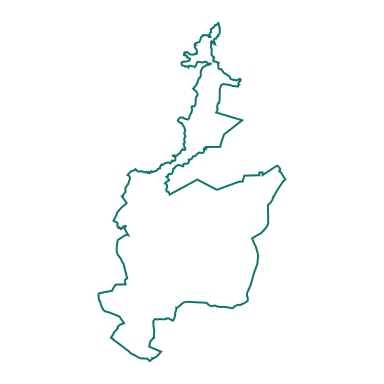 the district of Timilpan, México, Mexico
{"feature_id": "50627088B71429046090456", "entity_name": "Timilpan", "entity_type": "district", "adm_level": 2, "iso_a3": "MEX", "parent_name": "Mexico", "parent_adm1": "México", "projection": "orthographic", "projection_center": [-99.714, 19.922], "detail": "fine", "context": "isolated", "style": "outline", "palette": "teal", "viewbox_px": 384, "rotation_deg": 0, "n_neighbors": 0, "source": "geoboundaries", "source_scale": "gbopen_adm2", "svg_char_len": 5950}
<svg xmlns="http://www.w3.org/2000/svg" viewBox="0 0 384 384"><path d="M98.6,293.6L98.6,296.2L99.1,300.3L99.8,301.0L101.9,307.3L103.7,310.2L104.6,311.1L109.4,312.5L119.4,316.5L124.0,323.2L119.8,324.8L117.6,326.9L118.0,328.0L113.5,333.0L113.5,334.1L110.9,337.6L113.1,339.0L112.8,339.3L113.2,339.6L124.1,347.6L126.9,350.0L128.5,350.9L130.6,353.2L140.3,358.3L147.5,358.7L149.6,361.0L152.4,359.1L152.5,358.8L152.2,358.0L154.1,358.1L157.1,356.1L161.1,351.7L149.2,346.6L149.9,342.4L151.6,339.9L152.3,339.5L152.9,338.1L153.9,338.0L154.1,337.6L153.9,334.7L154.3,330.9L153.6,327.0L153.3,321.1L154.5,319.5L155.2,319.0L158.2,319.5L159.5,319.0L164.0,319.4L166.3,318.8L166.2,318.5L166.6,318.3L167.8,318.3L169.1,318.5L172.0,320.4L173.2,320.6L173.2,320.0L174.3,318.2L175.0,315.7L175.3,312.4L176.3,309.6L176.3,307.9L176.8,308.1L183.5,302.5L185.2,302.1L187.4,301.8L206.5,302.8L209.1,305.2L210.9,306.0L212.2,306.1L214.7,305.5L217.6,306.6L220.1,307.0L225.1,306.9L231.8,308.2L233.1,308.0L234.1,306.7L236.9,305.2L238.2,304.8L240.1,305.0L243.7,303.4L246.4,301.9L247.7,300.8L247.8,297.8L246.9,295.9L247.1,292.8L250.5,285.5L254.3,272.1L257.3,264.2L258.2,255.3L256.0,247.2L254.2,243.7L252.1,238.2L261.2,233.1L266.4,227.3L268.4,223.3L268.0,221.6L268.2,217.1L267.9,205.1L270.7,202.4L272.4,199.9L273.4,196.5L273.7,196.5L277.0,190.6L282.3,182.6L283.4,181.1L285.4,179.6L280.9,172.4L279.3,171.4L279.3,170.8L280.0,170.2L280.1,169.0L279.6,168.0L277.8,166.0L276.9,165.7L262.6,175.1L262.5,172.4L259.3,172.5L259.4,175.2L244.3,175.7L242.7,181.6L239.0,181.7L216.9,189.8L197.3,179.6L169.6,194.6L168.9,192.2L167.0,191.5L166.4,190.9L166.1,189.7L167.1,187.5L166.9,185.0L166.7,184.4L165.0,183.4L165.9,182.2L168.8,180.5L169.2,179.9L166.5,176.7L168.0,176.1L168.2,174.7L168.6,174.1L169.9,174.3L170.4,173.9L172.0,173.7L173.1,170.6L173.2,168.9L174.2,168.4L174.4,167.8L175.0,167.6L175.4,166.6L178.3,165.0L180.7,165.4L182.4,166.4L183.3,166.2L183.4,164.2L184.5,163.6L186.7,163.9L187.6,163.4L188.9,162.0L188.8,159.6L190.3,159.6L191.2,159.1L192.2,158.2L193.0,156.4L195.1,156.1L197.6,153.6L199.3,152.5L201.9,153.0L203.5,152.5L204.3,150.5L203.8,149.3L203.9,148.4L205.2,148.3L206.0,149.1L206.7,147.8L206.2,147.0L220.2,146.9L221.3,142.3L224.1,134.4L242.2,120.3L216.2,112.5L217.4,110.3L217.7,108.8L217.0,108.0L217.6,104.4L218.0,103.4L218.9,103.3L219.6,100.4L219.8,89.3L221.2,85.1L222.5,84.2L223.8,84.1L228.5,84.9L230.0,84.9L232.6,86.0L238.1,86.5L238.4,85.0L238.8,84.7L238.4,84.6L238.5,82.8L239.0,82.0L240.4,81.0L240.6,79.2L239.6,78.9L239.6,79.6L237.8,79.8L236.0,80.5L234.9,79.8L233.7,80.1L231.7,79.2L230.8,79.1L229.4,76.4L223.4,72.5L222.7,70.9L221.7,70.2L221.3,69.2L218.8,68.9L218.3,67.5L218.1,63.9L218.9,63.0L219.5,62.9L216.7,62.3L215.8,61.5L214.5,61.6L213.4,61.2L213.2,59.9L214.2,57.6L214.0,57.3L213.6,57.7L213.4,57.6L212.6,56.0L211.7,55.1L211.4,53.1L211.8,49.2L211.1,47.9L211.0,46.0L211.3,44.8L210.8,43.1L211.2,41.6L211.5,41.3L213.6,43.5L215.1,44.3L213.6,40.0L214.5,38.8L216.3,38.5L216.7,36.9L218.1,36.2L217.7,35.8L218.0,35.0L219.5,33.8L219.9,31.6L219.6,30.4L219.8,28.3L219.6,27.2L219.1,26.7L219.0,24.9L218.3,23.0L216.3,25.1L215.1,25.1L214.2,26.9L212.9,27.8L212.3,28.6L210.7,29.3L211.1,32.3L210.4,32.8L209.3,34.6L210.5,37.0L208.9,37.0L207.7,35.3L203.6,35.1L202.8,35.4L202.7,36.0L202.2,36.0L201.2,37.2L199.6,41.6L198.4,42.4L195.9,43.0L195.0,43.7L194.7,44.4L195.3,44.9L194.8,44.9L194.8,47.4L196.3,49.2L197.0,51.0L196.6,53.9L196.1,54.2L195.4,53.6L194.2,54.5L192.7,54.6L189.8,54.4L187.6,52.2L185.7,52.3L185.0,53.3L184.6,52.6L184.2,53.0L183.9,55.1L185.1,55.5L186.5,55.5L187.3,56.8L187.1,57.5L188.8,57.9L190.0,59.0L190.0,59.8L188.1,61.2L185.5,61.7L184.7,61.5L183.2,61.7L183.0,62.1L181.6,62.4L181.4,63.6L182.1,65.4L184.3,65.9L185.8,66.9L186.9,66.3L188.1,66.3L188.5,67.3L189.4,65.7L193.6,66.4L194.7,67.1L195.9,65.7L196.9,62.9L197.8,61.8L203.3,62.5L204.8,61.6L206.1,62.2L206.9,62.2L207.1,62.8L208.5,63.5L210.5,63.5L210.8,63.8L209.9,64.4L209.1,64.3L208.6,64.9L207.9,64.6L206.9,65.2L206.2,65.1L204.9,66.3L203.6,66.8L201.9,68.5L202.0,69.0L201.0,70.7L200.7,72.3L200.8,75.7L199.8,77.9L198.8,78.3L198.5,78.9L198.6,79.4L197.3,82.1L197.6,83.0L196.5,84.2L195.9,85.7L194.4,86.9L194.1,88.3L193.2,88.6L194.7,90.3L196.1,91.0L197.7,94.8L197.2,95.9L196.1,97.0L195.8,98.2L195.5,104.6L194.2,106.2L193.4,106.6L192.2,106.2L191.7,106.8L191.5,107.3L192.2,110.0L191.6,111.3L191.6,112.1L189.9,115.3L188.9,118.3L187.9,119.5L183.9,118.5L183.1,117.4L181.7,117.6L180.9,117.4L179.2,118.3L177.9,120.2L177.9,120.9L179.6,122.5L181.8,123.1L182.3,123.5L182.3,124.6L184.1,126.9L185.3,130.5L184.3,132.3L184.5,134.4L185.3,135.9L185.3,136.9L184.6,137.5L184.2,139.4L184.4,141.4L185.0,142.2L183.5,143.9L184.1,145.4L184.3,147.0L185.3,148.1L185.1,149.7L184.2,150.0L182.6,149.2L182.4,149.8L180.7,151.3L180.3,153.1L178.3,153.8L178.0,154.6L176.8,155.6L175.8,155.9L174.2,155.3L172.8,155.6L173.0,156.1L175.1,156.9L175.4,157.2L175.2,160.1L174.7,160.7L173.3,161.0L172.1,160.5L170.9,162.9L170.3,163.4L169.3,162.5L168.6,162.5L165.5,163.0L162.6,164.9L161.5,164.5L159.9,167.2L160.1,168.3L157.8,169.0L156.6,170.7L154.5,171.3L153.7,171.9L152.9,172.0L151.5,171.2L150.9,172.0L149.8,172.4L149.6,172.7L150.0,172.9L149.5,173.2L149.1,173.1L149.1,172.1L148.5,171.7L147.4,172.8L146.2,171.8L145.1,172.5L143.6,171.9L143.3,172.0L141.9,171.2L138.3,171.6L137.0,170.8L135.5,169.1L134.0,170.5L131.4,171.1L127.7,174.7L127.5,175.0L128.9,175.8L129.8,176.9L130.1,178.0L128.4,183.6L125.6,187.6L125.3,189.4L125.6,190.7L125.4,192.2L123.3,194.6L123.0,196.0L121.9,196.3L126.7,203.1L120.9,208.1L117.2,212.7L116.6,213.5L116.6,214.7L113.5,220.8L117.3,222.7L117.5,224.5L117.3,226.0L117.8,227.1L118.7,228.0L119.5,227.3L120.7,229.1L121.6,228.8L122.7,226.8L125.4,225.8L125.8,226.1L124.2,228.0L128.2,235.1L127.2,234.7L125.3,235.2L117.8,240.0L117.0,244.6L116.6,250.4L116.9,252.2L117.9,254.9L120.9,258.8L122.0,261.6L123.6,264.0L127.2,278.4L125.4,279.5L124.9,280.8L124.8,281.9L125.6,284.4L115.7,284.6L113.4,288.0L112.0,290.8L103.7,292.3L98.6,293.6Z" fill="none" stroke="#0f766e" stroke-width="2"/></svg>